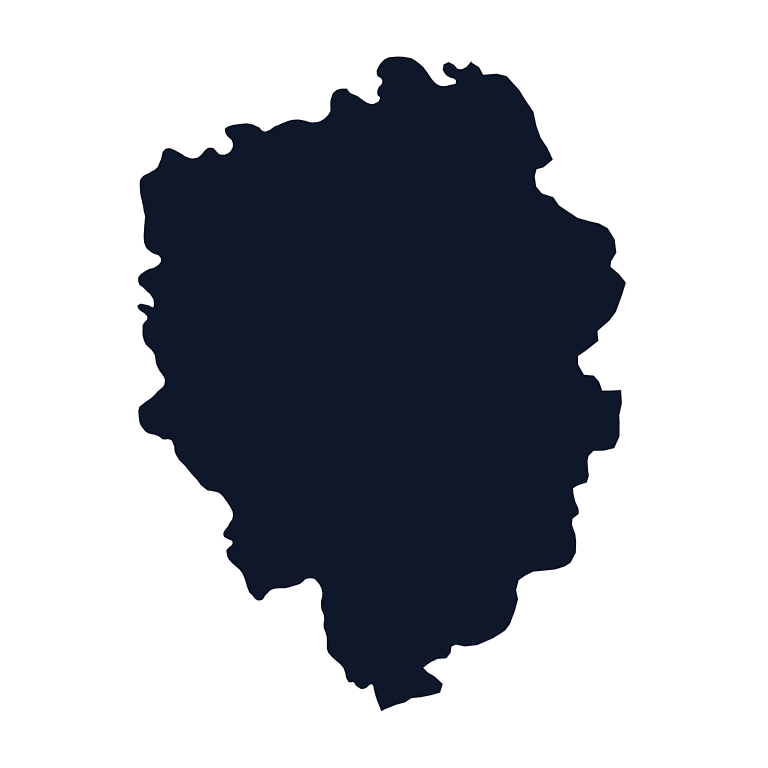 Haradok, Vitebsk, Belarus (orthographic projection), rotated 87°
{"feature_id": "67162791B30546828632542", "entity_name": "Haradok", "entity_type": "district", "adm_level": 2, "iso_a3": "BLR", "parent_name": "Belarus", "parent_adm1": "Vitebsk", "projection": "orthographic", "projection_center": [30.062, 55.617], "detail": "fine", "context": "isolated", "style": "filled", "palette": "ink", "viewbox_px": 768, "rotation_deg": 87, "n_neighbors": 0, "source": "geoboundaries", "source_scale": "gbopen_adm2", "svg_char_len": 5671}
<svg xmlns="http://www.w3.org/2000/svg" viewBox="0 0 768 768"><g transform="rotate(87 384 384)"><path d="M709.5,403.4L707.7,399.2L704.3,389.3L702.3,379.9L698.4,373.4L697.9,363.5L696.4,353.1L694.4,344.7L686.8,341.9L679.4,349.1L674.7,356.2L669.1,360.9L663.9,353.0L660.5,345.0L660.4,336.5L655.7,332.3L649.1,331.0L647.2,325.8L649.5,317.3L648.9,305.1L645.5,295.7L642.6,288.2L636.0,276.6L629.8,271.4L617.1,265.9L605.8,262.2L596.9,263.7L586.5,260.5L581.8,253.0L578.4,245.0L577.9,233.3L577.4,223.0L575.0,213.6L571.6,207.6L562.2,202.0L551.4,201.1L543.9,201.6L534.6,204.5L528.0,203.6L523.3,197.0L518.6,197.1L511.6,199.9L503.1,201.4L497.5,201.4L494.7,196.2L492.3,187.3L486.2,185.0L480.6,185.5L471.7,185.6L466.1,184.2L460.9,178.6L461.3,168.3L459.4,158.0L448.6,152.4L434.6,151.5L427.6,151.5L415.4,148.2L403.2,148.3L403.2,157.2L402.8,167.0L393.4,169.8L387.3,174.5L385.9,184.4L374.7,190.0L365.8,189.5L360.6,181.1L351.7,168.5L341.9,168.9L331.6,155.8L323.6,149.3L308.2,142.7L295.6,138.0L287.1,144.1L279.1,152.5L273.1,151.5L264.7,145.9L252.0,146.8L240.8,152.9L235.6,161.3L233.2,169.7L229.0,182.3L221.0,193.1L215.3,200.6L206.9,205.7L202.6,216.9L195.1,222.5L184.3,223.4L176.8,221.0L175.4,214.0L168.4,204.6L157.1,209.2L146.8,215.3L134.6,219.0L120.5,221.2L107.3,229.1L97.9,234.2L83.7,245.8L80.8,255.2L81.2,269.3L73.2,273.0L68.0,280.5L67.9,280.5L72.1,284.2L74.5,289.3L74.3,292.3L73.7,294.7L69.6,297.8L66.7,302.6L68.5,307.1L73.4,308.1L77.2,306.1L79.2,304.2L80.8,301.4L82.1,297.6L84.3,295.4L87.5,295.6L89.0,297.4L89.5,302.0L90.3,305.6L90.5,309.1L90.2,311.3L88.9,314.6L86.4,317.9L82.5,320.9L76.3,324.6L70.0,328.8L66.9,331.9L63.3,336.2L61.3,339.1L60.1,342.5L59.0,347.9L58.5,353.6L58.7,361.8L60.5,366.1L63.8,369.8L67.4,372.4L71.1,374.2L73.7,374.2L76.0,373.5L77.5,370.8L80.2,369.0L83.7,369.3L85.3,370.5L87.7,373.0L91.0,374.6L93.1,374.7L94.9,374.5L97.2,372.1L99.1,372.4L102.1,374.0L103.5,377.0L104.8,380.1L104.3,383.0L103.0,386.5L101.3,389.0L98.4,392.6L95.5,396.2L92.9,401.9L91.4,403.8L88.8,405.6L87.8,406.0L87.8,407.7L87.7,409.4L87.6,411.8L88.6,415.6L91.3,419.2L94.6,420.6L99.3,422.1L106.0,422.3L108.9,422.5L112.7,424.9L114.9,427.3L117.0,429.8L118.9,433.5L119.8,437.5L119.8,441.4L119.6,443.8L118.7,446.7L117.6,449.4L116.2,455.4L116.1,458.1L116.2,461.9L117.2,466.4L118.3,469.4L119.1,472.2L120.5,475.2L121.5,479.0L123.3,481.8L125.0,484.3L126.3,488.3L126.6,490.0L125.5,492.4L124.3,493.9L121.9,495.6L120.6,498.1L118.7,501.6L117.3,507.2L117.4,511.8L117.7,516.4L118.0,520.0L118.5,522.7L119.6,526.4L121.1,528.8L123.2,528.8L125.6,528.2L128.3,526.4L130.5,524.2L132.3,522.5L136.2,521.5L140.0,521.9L143.6,524.2L146.0,527.0L147.4,530.7L147.2,535.3L146.1,537.5L143.4,539.8L140.2,542.3L139.6,545.4L140.0,547.6L142.1,550.4L143.8,551.9L145.6,553.4L148.4,557.0L149.2,559.0L149.6,563.4L149.1,566.1L146.4,572.0L145.0,573.4L142.6,577.1L141.2,579.5L139.7,582.0L138.0,585.9L138.1,588.2L138.7,590.0L141.3,592.3L144.9,593.3L148.1,594.3L155.8,597.9L157.7,600.1L159.1,601.9L160.4,605.1L162.2,608.1L163.0,610.8L164.5,613.4L167.3,615.9L169.3,616.5L174.0,616.8L177.9,616.7L181.1,616.7L184.6,616.2L187.6,615.5L191.0,615.1L194.0,614.5L198.1,614.2L204.2,613.0L209.8,613.8L213.0,614.3L213.4,614.4L216.6,614.7L219.6,615.0L222.8,615.5L226.4,615.5L229.9,615.5L234.1,614.1L236.3,612.9L240.5,608.0L241.9,604.8L243.1,601.9L246.3,599.5L248.1,599.3L250.7,599.8L253.4,601.9L255.7,605.6L256.9,608.3L257.5,612.1L258.8,615.1L260.0,617.2L262.4,621.0L265.3,623.2L268.7,623.3L271.8,622.3L273.7,619.8L275.9,617.7L278.7,615.2L281.5,612.3L284.0,610.8L287.0,609.1L290.9,608.8L294.7,609.0L296.4,611.1L294.1,614.7L292.6,619.7L291.8,622.9L293.2,625.3L294.9,625.0L297.4,623.1L300.0,619.4L302.9,616.7L305.0,615.9L307.9,616.6L309.4,618.5L311.4,620.3L313.3,621.3L316.1,621.4L320.0,621.7L323.2,621.7L327.7,620.8L331.8,619.1L334.5,616.6L337.4,613.8L339.5,612.3L342.7,610.7L346.8,610.2L350.6,609.9L352.8,609.4L354.6,608.7L358.2,607.2L360.2,605.8L362.8,604.1L365.8,602.5L368.3,601.7L373.4,602.6L376.1,604.6L378.1,607.2L380.1,610.0L382.7,612.5L385.9,616.1L387.7,618.8L390.3,623.1L392.7,626.4L394.2,628.7L397.6,629.9L401.7,630.0L404.5,629.8L408.9,629.5L412.1,628.5L414.8,626.8L418.0,624.5L420.3,621.6L421.2,618.5L421.8,615.6L423.7,611.5L425.1,609.7L426.9,607.7L427.2,605.1L426.9,603.0L427.7,599.8L429.2,598.1L431.1,597.5L435.2,596.0L439.9,596.0L444.1,594.5L448.8,591.9L455.0,586.3L462.9,580.6L470.0,574.7L474.8,571.7L477.9,568.3L480.4,565.3L480.9,561.7L481.8,558.9L482.7,555.5L484.2,553.0L487.6,549.9L490.4,548.2L493.4,546.2L496.2,544.5L499.6,542.7L503.2,541.2L507.2,540.8L511.7,542.0L513.7,543.7L515.8,545.3L518.0,546.3L521.2,549.2L522.8,550.5L524.5,551.4L526.2,551.6L527.7,551.1L528.8,549.7L529.5,548.5L530.3,546.8L530.9,545.7L531.9,543.6L533.4,542.7L535.8,542.9L537.9,544.4L538.8,545.7L540.1,547.6L542.2,549.4L547.2,549.0L550.8,547.5L552.9,545.8L555.6,543.3L557.2,541.5L561.2,537.5L564.9,534.8L569.6,533.1L573.5,531.9L577.5,531.0L580.2,530.3L584.8,528.7L587.5,526.0L591.0,523.7L592.7,521.5L592.9,519.2L592.4,517.2L591.0,515.9L588.8,514.5L586.3,511.8L583.5,509.0L582.0,504.9L581.7,499.7L582.0,493.9L581.5,490.3L580.4,486.2L579.6,482.5L578.6,478.8L576.7,476.0L574.1,473.1L573.4,470.0L573.4,466.7L574.4,463.0L577.5,460.4L580.4,458.3L585.1,456.3L589.4,455.7L593.3,456.1L597.9,457.6L602.6,457.7L605.7,457.5L611.4,455.4L615.8,455.2L619.9,456.1L624.4,456.2L627.4,455.0L633.7,453.6L639.0,453.8L645.4,454.1L649.0,453.1L653.9,449.3L657.2,445.8L660.9,441.9L665.0,438.7L670.2,437.1L675.2,436.5L679.4,434.3L679.2,430.8L679.7,429.2L681.4,428.2L683.4,427.0L685.5,424.4L686.6,422.7L686.6,420.1L685.6,417.6L683.3,415.0L682.2,412.3L682.8,410.7L685.4,409.7L690.1,409.0L693.6,408.3L699.7,406.7L702.6,405.6L709.5,403.4Z" fill="#0f172a" stroke="#020617" stroke-width="1.5"/></g></svg>